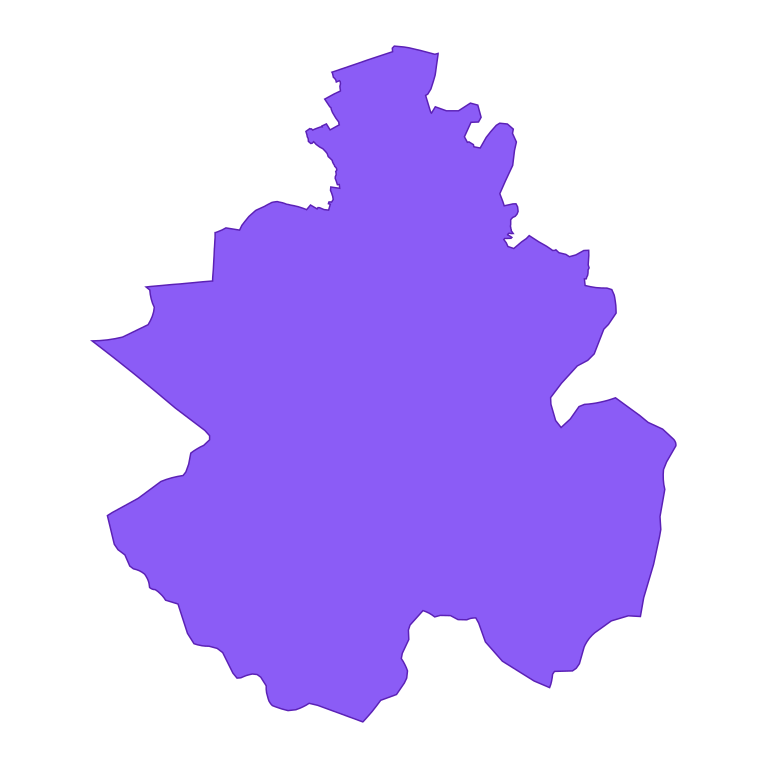 Copacele, Caras-Severin, Romania
{"feature_id": "2599482B86602840637576", "entity_name": "Copacele", "entity_type": "district", "adm_level": 2, "iso_a3": "ROU", "parent_name": "Romania", "parent_adm1": "Caras-Severin", "projection": "natural_earth1", "projection_center": [22.073, 45.483], "detail": "fine", "context": "isolated", "style": "filled", "palette": "violet", "viewbox_px": 768, "rotation_deg": 0, "n_neighbors": 0, "source": "geoboundaries", "source_scale": "gbopen_adm2", "svg_char_len": 5661}
<svg xmlns="http://www.w3.org/2000/svg" viewBox="0 0 768 768"><path d="M640.4,616.5L643.7,597.7L653.6,564.3L659.5,536.8L660.8,529.5L660.0,516.6L664.8,489.4L663.8,484.5L663.3,479.6L663.2,474.6L663.5,469.6L666.6,461.9L675.9,445.8L675.9,444.2L675.6,442.6L674.9,441.1L674.0,439.7L673.1,438.8L662.6,429.1L648.1,422.4L640.1,415.8L615.5,397.8L611.7,399.1L607.9,400.3L604.1,401.3L600.2,402.2L596.3,403.0L592.4,403.6L588.4,404.1L584.4,404.4L579.0,406.6L570.3,419.0L561.1,427.5L555.6,420.5L550.9,404.2L550.6,397.6L561.5,383.2L577.3,365.9L587.8,360.3L594.2,353.9L603.8,329.2L608.4,324.5L616.1,313.1L616.0,309.2L615.8,305.3L615.3,301.4L614.7,297.5L614.2,295.1L611.8,289.6L607.0,288.1L601.4,288.0L595.9,287.6L590.5,286.7L585.1,285.5L584.4,278.9L586.3,278.8L586.7,277.2L587.6,275.4L588.0,273.1L588.1,269.9L589.1,267.9L588.2,264.9L588.8,255.5L588.7,250.3L583.8,250.5L575.9,254.9L569.4,256.7L565.9,254.4L558.9,252.7L555.9,249.8L555.2,250.3L552.7,250.5L550.8,249.1L546.5,246.2L538.9,241.9L529.2,235.6L526.3,238.6L521.7,241.8L513.8,248.5L507.9,246.5L506.3,242.9L503.8,239.5L504.7,238.5L508.5,238.4L511.0,238.3L511.9,237.4L510.1,236.2L507.6,234.8L507.6,234.5L509.0,233.2L511.6,233.6L513.2,233.5L511.3,230.8L511.2,229.5L510.6,227.8L510.8,227.3L510.4,226.3L510.7,224.4L510.7,219.7L512.6,217.5L515.2,216.3L517.0,214.2L518.1,211.4L517.6,206.9L516.0,203.8L512.9,203.9L508.4,204.9L504.2,205.8L502.7,201.2L499.8,193.7L505.4,181.0L512.7,165.4L514.5,150.5L516.4,142.0L512.5,133.4L513.3,129.1L507.4,124.0L499.7,123.2L496.3,125.3L490.5,131.9L489.9,132.7L486.2,137.4L480.2,148.0L473.9,146.8L473.4,144.6L469.0,141.9L467.4,142.3L464.4,136.8L465.1,135.3L471.0,122.3L478.5,122.0L481.1,117.3L477.8,105.1L470.4,103.1L458.5,110.8L446.4,110.8L435.3,106.8L431.5,113.1L430.9,112.7L430.0,110.0L425.6,95.4L426.7,94.8L427.8,94.1L430.9,89.0L433.4,81.2L435.1,75.3L435.6,72.1L436.5,65.4L437.7,57.0L438.0,54.7L438.1,53.9L438.1,53.4L434.9,54.3L421.3,50.7L409.0,47.8L404.0,47.0L394.3,46.1L392.3,48.2L392.6,51.7L368.4,59.7L354.9,64.4L331.9,72.2L332.3,72.8L332.8,74.7L333.4,77.3L334.6,78.3L335.8,80.0L336.3,82.0L339.4,80.7L340.2,81.6L340.5,83.8L339.9,86.2L340.1,88.4L340.4,90.0L340.4,91.0L334.6,93.7L324.7,99.1L329.9,106.9L330.9,107.6L331.3,109.5L332.5,112.5L334.5,115.9L335.9,118.2L338.8,122.1L338.9,123.6L339.3,124.8L330.1,129.9L326.4,123.9L321.9,126.0L322.2,126.8L321.3,126.8L320.1,127.1L317.6,128.0L314.5,129.2L312.7,130.1L311.5,128.9L310.6,129.0L309.8,128.6L305.9,131.4L306.9,134.7L307.3,136.9L308.2,138.6L308.4,141.4L310.8,143.5L312.2,143.2L313.6,141.7L315.4,143.5L316.0,144.3L319.8,147.1L322.8,148.7L325.5,151.5L327.2,153.6L328.2,156.6L329.9,158.1L332.3,160.5L332.4,161.4L332.7,162.2L333.5,163.9L334.2,164.8L334.7,166.3L335.9,167.5L336.5,168.4L336.8,170.1L335.7,171.6L336.0,172.5L336.2,174.7L335.9,175.3L335.3,176.6L335.2,178.4L336.2,181.0L337.4,184.7L339.3,184.5L339.7,188.3L330.8,187.0L330.5,190.4L331.5,192.8L332.7,196.4L333.2,199.5L331.6,202.1L330.1,201.9L328.9,202.0L328.4,203.7L330.3,204.3L328.6,210.1L326.0,209.8L324.1,209.6L319.6,207.7L318.0,207.6L317.1,208.9L310.5,205.0L308.6,207.3L306.6,209.7L306.2,209.5L306.0,209.4L302.8,208.2L301.0,207.6L298.2,206.7L296.5,206.3L296.4,206.3L294.0,205.7L290.7,205.1L289.1,204.7L287.9,204.4L286.8,204.3L286.0,204.0L284.8,203.5L283.6,203.1L282.8,202.9L282.7,202.8L279.9,202.2L278.7,202.0L278.2,201.8L277.4,201.6L277.1,201.6L276.1,201.7L273.3,202.1L271.4,202.6L270.5,203.2L268.4,204.2L265.3,205.9L264.9,206.2L256.1,210.2L254.8,211.2L248.9,216.5L244.6,221.8L241.9,225.3L239.6,230.1L225.9,227.9L222.2,229.9L217.6,231.8L215.4,232.6L215.1,232.6L215.1,236.6L215.1,237.6L214.9,240.3L214.5,247.4L214.4,248.2L214.2,252.7L214.1,255.3L213.7,262.4L213.3,269.9L212.7,277.5L212.6,281.0L203.6,281.7L197.3,282.3L192.2,282.8L184.5,283.5L180.6,283.9L172.3,284.5L161.7,285.5L150.4,286.5L146.1,287.0L149.8,290.0L150.3,294.5L151.2,298.9L152.5,303.2L154.3,307.3L153.6,311.9L152.3,316.3L150.4,320.6L148.1,324.7L122.5,337.1L115.0,338.7L107.4,339.9L99.8,340.6L92.1,340.9L113.3,357.3L134.3,374.0L155.0,391.0L175.5,408.2L204.8,430.4L209.6,435.7L209.6,439.8L203.7,445.4L200.3,447.0L197.0,448.9L193.8,450.9L190.8,453.1L188.7,464.1L185.9,471.9L183.1,475.5L177.4,476.5L171.8,477.8L166.2,479.5L160.9,481.5L138.2,498.3L112.3,512.5L107.4,515.6L114.3,544.3L118.0,549.7L124.9,554.9L129.8,566.1L133.4,568.8L136.4,569.6L139.3,570.7L142.0,572.2L144.5,574.0L145.6,575.5L146.5,577.1L147.4,578.7L148.1,580.4L148.7,582.1L149.1,583.8L149.6,587.5L150.8,588.4L152.2,589.1L153.7,589.5L155.2,589.6L157.9,591.5L160.1,593.5L162.2,595.6L164.0,597.8L165.6,600.2L178.0,604.0L187.5,633.4L194.0,643.7L197.6,644.8L201.4,645.6L201.7,645.7L205.3,646.1L209.0,646.2L217.2,648.4L222.7,652.6L232.9,673.1L237.0,678.1L240.8,677.8L243.6,676.6L246.4,675.5L249.3,674.7L252.3,674.0L257.1,674.5L260.7,677.1L266.2,685.8L266.2,689.3L266.6,692.8L268.2,698.8L269.0,701.1L270.5,703.5L271.4,704.6L272.4,705.6L275.2,706.7L281.6,708.9L288.0,710.6L296.1,709.7L296.4,709.5L299.7,708.3L303.0,706.8L306.1,705.2L309.1,703.3L317.6,705.3L362.8,721.9L363.2,721.6L367.6,716.7L372.2,711.4L376.5,705.9L380.7,700.3L396.5,694.5L404.3,683.1L406.7,678.1L407.5,670.9L406.3,667.7L404.8,664.5L403.2,661.5L401.3,658.6L402.3,653.3L408.8,639.5L408.4,630.1L410.0,625.1L423.0,610.6L426.2,611.8L429.2,613.2L432.1,615.0L434.7,616.9L440.3,615.4L450.5,615.6L458.0,619.6L466.8,619.8L468.7,619.0L470.6,618.4L472.5,618.1L474.5,617.9L475.8,617.9L478.7,623.1L485.4,641.9L502.4,661.2L534.1,681.0L549.6,687.6L550.8,684.3L551.6,681.0L552.2,677.6L552.6,674.2L554.5,671.4L572.5,670.9L576.3,668.2L579.4,663.7L584.1,647.1L585.2,644.7L587.1,641.4L589.3,638.3L591.9,635.4L594.7,632.8L611.3,620.9L628.3,615.8L640.4,616.5Z" fill="#8b5cf6" stroke="#5b21b6" stroke-width="1.5"/></svg>